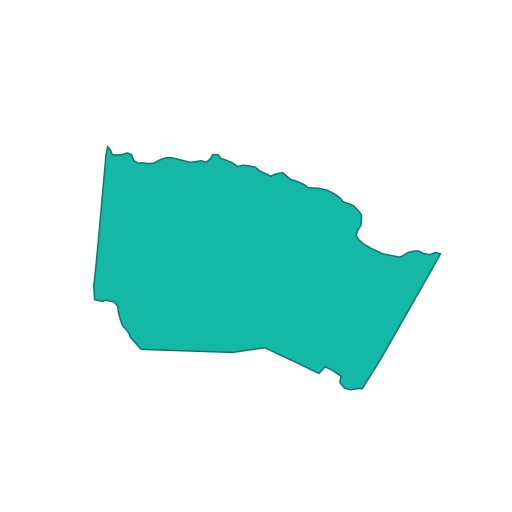 São Domingos, Bahia, Brazil (Albers equal-area conic projection), rotated 151°
{"feature_id": "56859067B2625578868269", "entity_name": "São Domingos", "entity_type": "district", "adm_level": 2, "iso_a3": "BRA", "parent_name": "Brazil", "parent_adm1": "Bahia", "projection": "albers", "projection_center": [-39.595, -11.458], "detail": "fine", "context": "isolated", "style": "filled", "palette": "teal", "viewbox_px": 512, "rotation_deg": 151, "n_neighbors": 0, "source": "geoboundaries", "source_scale": "gbopen_adm2", "svg_char_len": 1497}
<svg xmlns="http://www.w3.org/2000/svg" viewBox="0 0 512 512"><g transform="rotate(151 256 256)"><path d="M211.5,328.6L213.8,334.3L218.4,338.3L223.7,341.8L228.7,343.2L231.3,348.8L235.7,354.3L239.4,358.3L239.9,363.0L244.6,365.6L249.1,363.0L254.2,362.1L257.7,365.8L261.7,367.3L268.2,369.8L273.1,374.5L277.5,378.6L281.7,382.5L286.7,385.4L292.9,386.6L300.6,386.8L306.1,389.4L310.0,392.6L314.0,394.1L316.6,398.8L315.7,405.2L318.5,408.5L324.3,409.7L328.2,411.5L332.6,414.1L331.9,419.3L332.8,423.5L338.6,416.7L341.5,412.2L388.2,343.3L391.0,339.2L404.3,319.9L407.8,315.0L412.0,309.1L418.4,296.1L412.9,291.2L408.1,289.6L402.5,284.8L401.2,279.1L404.0,272.5L405.6,265.5L406.5,259.9L405.2,254.9L404.6,250.5L405.3,245.9L401.7,230.0L323.0,182.9L310.0,178.1L292.5,171.3L285.1,160.8L271.5,142.0L263.4,130.4L257.9,122.8L249.3,125.6L246.4,121.6L244.0,117.8L242.0,113.7L239.9,109.8L244.0,104.7L242.8,97.9L238.4,93.3L231.2,90.6L227.4,88.5L198.5,104.4L109.7,158.4L93.6,168.5L97.2,172.1L103.2,172.8L108.3,177.0L111.3,181.5L115.1,183.6L121.0,185.3L126.1,185.0L130.7,185.3L136.6,190.1L141.1,193.9L144.3,196.7L148.1,202.0L152.2,207.7L155.8,213.9L158.2,220.1L158.6,225.0L155.0,228.8L149.0,232.3L145.9,237.0L143.8,241.2L144.8,247.1L146.4,252.6L149.2,256.4L153.1,260.6L154.9,267.4L157.7,272.8L161.8,278.9L167.7,284.4L173.2,287.8L177.3,290.5L179.5,295.5L182.2,299.1L184.8,302.4L188.6,306.2L190.3,310.5L192.1,315.9L198.5,318.0L204.6,318.7L207.2,322.7L211.5,328.6Z" fill="#14b8a6" stroke="#0f766e" stroke-width="1.5"/></g></svg>